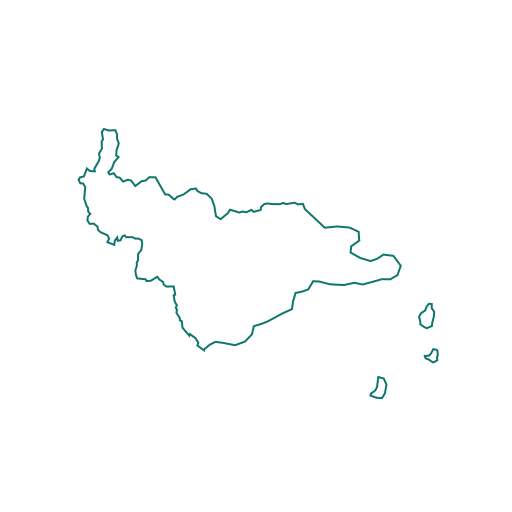 Fajardo, Puerto Rico (Mercator projection), rotated 60°
{"feature_id": "32010507B96449576459370", "entity_name": "Fajardo", "entity_type": "district", "adm_level": 2, "iso_a3": "PRI", "parent_name": "Puerto Rico", "parent_adm1": "", "projection": "mercator", "projection_center": [-65.654, 18.33], "detail": "fine", "context": "isolated", "style": "outline", "palette": "teal", "viewbox_px": 512, "rotation_deg": 60, "n_neighbors": 0, "source": "geoboundaries", "source_scale": "gbopen_adm2", "svg_char_len": 3461}
<svg xmlns="http://www.w3.org/2000/svg" viewBox="0 0 512 512"><g transform="rotate(60 256 256)"><path d="M69.9,324.2L71.6,327.6L78.5,330.2L79.6,332.4L85.9,335.7L88.8,340.8L92.8,342.1L95.3,344.8L99.6,352.4L102.1,353.3L99.4,357.3L95.7,358.7L101.0,365.2L100.0,369.1L101.1,371.5L105.2,371.8L106.7,369.5L111.0,369.4L120.3,376.1L127.8,377.7L130.5,377.5L133.6,379.1L136.7,378.5L137.8,381.8L140.8,384.2L145.0,384.0L146.9,380.3L151.3,378.6L154.3,379.8L157.7,378.7L163.9,374.2L167.5,374.5L169.7,377.8L175.5,373.2L172.0,370.5L170.6,366.9L173.7,368.1L174.7,365.6L172.3,362.0L172.4,359.5L174.9,358.9L177.8,353.7L180.7,351.7L181.9,349.4L185.1,347.1L188.5,348.4L193.5,352.4L195.1,356.9L200.8,360.4L202.2,362.7L204.7,363.9L208.3,367.8L212.6,369.5L216.0,370.1L221.0,363.2L223.0,363.3L224.9,359.4L224.6,351.9L228.1,351.4L231.9,349.5L234.8,350.2L237.7,348.8L241.2,342.5L249.1,345.3L248.9,347.0L254.9,349.2L259.1,349.2L260.7,351.3L262.9,351.3L265.5,353.3L271.8,353.0L273.6,354.1L275.3,352.9L281.5,355.5L291.7,353.6L290.6,352.3L296.8,349.5L300.4,349.4L302.2,349.3L304.3,351.5L311.5,348.3L311.1,348.1L309.7,340.6L309.8,338.3L310.1,334.1L314.3,328.5L322.8,318.7L323.5,314.7L324.4,309.5L324.5,309.1L324.5,308.8L324.6,308.4L323.5,304.4L322.0,299.3L321.8,298.6L320.8,297.7L315.7,293.0L317.6,284.6L318.5,278.5L319.0,261.2L319.2,259.3L320.0,251.4L314.2,246.9L313.9,246.6L313.4,246.3L311.0,243.6L307.8,240.2L309.7,234.6L310.0,233.1L311.1,227.6L310.3,226.1L307.2,220.5L306.4,219.2L309.7,214.0L311.6,212.1L317.1,206.5L318.8,204.1L324.3,195.6L325.1,194.4L328.4,184.1L331.0,181.3L334.0,178.0L337.5,164.7L339.0,158.7L339.1,158.4L343.3,151.4L343.3,149.8L343.3,145.0L343.3,143.3L343.3,143.0L336.8,135.5L336.4,135.6L333.4,135.9L328.4,136.5L324.6,136.9L323.3,138.6L318.5,144.9L318.8,149.0L319.0,152.3L318.5,154.9L318.5,155.0L317.6,159.4L309.7,166.8L300.3,172.4L295.2,168.7L294.9,165.4L294.3,158.9L294.2,158.9L286.4,155.0L282.2,157.9L278.1,160.9L276.4,163.2L271.8,169.8L271.1,170.7L265.9,182.3L261.4,183.7L260.8,183.8L246.7,188.1L239.9,190.2L234.3,189.3L232.3,193.8L229.2,195.9L226.0,204.1L223.6,205.9L223.4,207.6L223.0,209.5L219.0,216.2L215.9,220.4L215.2,223.2L216.2,227.2L218.5,229.0L216.5,236.0L213.8,236.9L213.3,242.5L210.7,245.5L210.1,248.6L202.9,255.4L204.9,259.1L206.2,267.2L206.4,268.3L201.5,270.7L196.1,268.8L192.3,267.2L184.2,265.7L177.5,267.6L174.2,272.0L170.5,274.2L167.5,274.3L165.5,279.1L166.5,288.1L165.3,294.8L166.4,298.1L165.6,298.8L159.2,301.0L157.2,303.9L137.6,303.7L134.4,309.0L135.5,313.6L134.1,317.7L135.0,325.6L128.3,326.4L125.9,328.8L125.1,333.9L119.9,334.9L118.0,337.3L113.2,337.8L112.2,342.0L109.7,342.2L108.2,337.1L103.7,331.7L101.6,325.6L99.0,326.8L94.6,323.8L90.0,318.6L84.6,317.6L81.4,315.6L76.8,314.8L73.6,320.9L69.9,324.2ZM383.8,130.3L385.2,133.6L387.8,136.9L388.0,141.5L389.9,145.0L395.5,146.7L397.1,147.8L400.6,146.4L403.9,144.3L404.6,138.7L401.3,136.2L399.9,134.7L397.1,132.0L393.4,129.6L389.2,129.9L385.4,127.8L385.2,128.1L383.8,130.3ZM422.3,210.2L422.0,210.6L429.7,216.5L429.9,216.6L432.0,219.7L432.7,225.3L434.1,226.7L438.8,222.7L439.9,221.2L442.1,218.0L439.3,212.9L432.9,207.6L432.5,207.3L426.0,206.6L423.2,209.4L422.3,210.2ZM427.8,146.3L425.3,149.0L428.0,153.3L428.8,155.8L428.4,156.6L427.7,158.4L426.9,159.8L429.1,160.3L430.3,159.7L431.6,158.6L432.6,157.7L434.1,157.3L435.6,156.4L436.8,155.7L436.8,154.9L436.9,154.1L437.0,151.8L436.9,151.1L434.2,149.9L432.8,148.2L430.0,146.8L428.7,146.3L427.8,146.3Z" fill="none" stroke="#0f766e" stroke-width="2"/></g></svg>